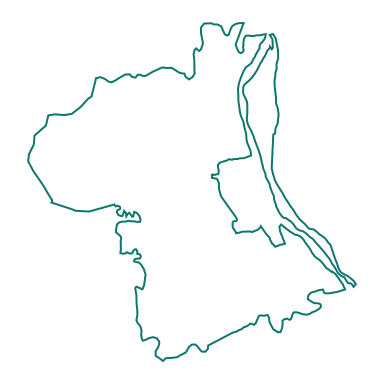 Markz Al Minya, Al Minya, Egypt (Equal Earth projection)
{"feature_id": "37247803B71676379887746", "entity_name": "Markz Al Minya", "entity_type": "district", "adm_level": 2, "iso_a3": "EGY", "parent_name": "Egypt", "parent_adm1": "Al Minya", "projection": "equal_earth", "projection_center": [30.728, 28.101], "detail": "fine", "context": "isolated", "style": "outline", "palette": "teal", "viewbox_px": 384, "rotation_deg": 0, "n_neighbors": 0, "source": "geoboundaries", "source_scale": "gbopen_adm2", "svg_char_len": 5975}
<svg xmlns="http://www.w3.org/2000/svg" viewBox="0 0 384 384"><path d="M251.1,155.6L250.6,151.0L247.4,143.2L246.6,140.1L246.1,133.6L244.5,127.8L243.3,121.5L241.5,117.5L240.1,113.0L239.1,106.0L238.4,100.8L238.3,94.5L238.0,89.1L238.9,83.3L240.9,77.6L243.3,71.7L245.8,67.4L249.5,64.7L251.6,62.8L253.0,59.7L254.4,57.8L255.9,54.4L257.9,50.9L259.6,48.4L259.5,46.3L260.5,43.7L262.9,41.3L264.6,38.9L265.4,36.8L265.7,34.1L259.5,35.3L256.2,35.4L253.4,36.1L248.4,35.6L246.1,35.7L245.0,37.0L243.9,39.1L243.4,42.4L243.5,45.1L243.0,47.1L243.6,50.4L243.1,51.8L240.8,53.2L238.6,51.9L236.8,47.9L235.6,44.6L243.6,23.0L238.6,23.2L236.3,23.9L235.8,23.9L232.4,26.0L231.9,26.7L230.8,28.7L228.7,34.8L227.0,35.5L224.7,34.3L221.2,26.3L217.2,24.4L213.8,24.5L211.5,23.3L204.2,23.5L200.9,27.6L201.1,33.6L202.9,42.9L202.4,45.6L200.8,49.6L199.1,51.0L197.4,49.7L196.3,48.4L194.6,49.8L193.6,54.5L194.3,59.8L194.4,69.9L194.7,73.2L193.4,75.9L192.3,77.3L189.0,79.4L185.6,76.8L184.4,73.5L182.7,73.5L179.9,72.9L177.6,71.7L175.9,70.4L171.3,67.8L166.8,68.0L162.3,67.4L152.8,71.7L145.6,75.9L142.8,76.0L140.5,74.7L137.7,74.8L135.5,77.6L132.1,77.0L129.8,74.4L125.3,74.5L120.3,77.3L114.8,80.8L111.4,82.3L108.6,81.7L105.2,79.1L100.6,77.2L99.5,77.3L97.3,78.0L96.1,78.1L91.5,96.6L88.2,98.7L80.8,106.8L71.7,113.9L64.2,115.1L55.0,114.3L48.3,115.4L46.0,125.4L34.5,135.6L33.8,144.5L28.9,154.5L28.2,161.4L33.4,171.2L42.8,184.8L48.0,193.6L52.3,200.5L51.4,202.5L70.8,208.9L75.8,210.8L89.2,211.5L114.4,204.5L115.6,206.4L117.8,205.7L120.1,207.0L120.1,209.0L117.3,210.4L116.8,212.4L118.5,215.1L121.9,216.3L123.0,214.9L124.1,210.9L125.8,212.8L126.4,216.2L127.5,214.1L129.2,212.7L130.9,214.7L132.1,216.7L133.2,216.6L134.2,211.9L135.9,212.5L137.1,213.2L139.4,216.0L140.6,219.8L140.0,221.8L137.2,221.9L133.9,221.3L131.6,221.4L128.8,220.8L124.9,221.6L122.6,221.6L119.2,222.4L117.0,224.5L116.0,229.8L116.1,232.5L120.1,235.7L121.2,237.7L120.7,241.1L120.9,249.1L120.4,253.1L122.7,253.7L124.9,253.6L127.1,252.2L129.4,253.5L132.2,253.4L133.3,250.7L135.0,249.3L136.1,249.3L137.3,251.3L137.3,253.9L138.4,253.9L140.1,254.5L140.7,255.9L140.7,257.2L139.6,258.6L135.7,258.7L134.1,260.1L134.1,261.4L135.8,262.0L139.2,262.6L141.5,265.2L143.8,269.1L145.6,274.4L144.1,285.2L142.5,289.2L141.9,289.3L139.7,288.0L136.3,286.7L135.2,288.1L136.4,295.4L136.6,304.1L137.3,310.1L137.4,314.8L136.4,320.2L137.5,322.8L139.8,325.4L141.0,328.1L141.6,331.4L141.1,334.7L141.8,338.7L142.9,340.7L146.9,339.3L148.0,338.5L152.6,337.2L153.2,337.2L157.1,338.4L157.6,339.5L159.1,341.3L159.3,343.6L158.3,346.9L156.8,349.5L155.6,351.1L155.7,355.9L158.9,357.8L163.0,361.0L165.7,358.2L172.5,357.8L177.6,357.1L179.1,355.8L185.6,352.6L186.4,351.5L189.1,346.8L191.9,344.6L195.4,344.5L197.3,346.2L200.6,350.5L202.2,351.7L205.6,351.6L207.8,348.9L208.2,345.5L230.7,333.7L232.2,332.8L237.2,331.3L239.4,329.9L241.7,329.2L243.9,327.1L246.7,326.4L250.5,323.6L252.6,324.1L253.9,324.8L255.6,323.5L258.8,316.0L260.5,315.4L264.5,315.8L266.1,315.1L267.8,315.1L269.0,317.7L269.6,322.4L273.1,329.0L277.7,332.2L280.5,332.1L282.1,328.1L282.6,324.7L282.5,320.7L284.2,319.3L287.0,318.6L288.1,319.2L289.8,319.8L290.9,319.1L292.0,316.4L292.5,314.4L293.6,312.4L296.4,312.3L299.2,312.9L302.1,314.1L306.6,314.7L309.9,313.9L311.6,312.5L315.5,311.1L318.8,309.0L320.5,307.6L321.0,305.6L320.4,304.3L319.3,303.6L315.9,303.1L314.2,303.1L310.8,301.2L308.0,299.3L307.9,297.3L308.5,295.2L311.2,292.5L314.6,291.7L318.5,290.3L323.0,289.5L323.6,290.8L323.6,291.5L324.2,292.8L325.7,293.4L329.2,293.3L337.6,291.8L345.1,289.5L342.7,284.1L335.5,274.1L332.2,271.5L331.7,272.0L327.7,268.8L326.2,268.0L325.2,266.4L323.5,264.4L321.9,262.2L319.8,260.2L317.3,258.5L314.6,256.3L311.9,252.5L309.9,248.7L305.7,243.1L303.5,239.6L301.2,237.1L298.9,235.6L294.9,234.6L290.3,231.7L285.1,227.8L281.1,224.5L279.4,226.7L280.1,231.3L285.0,243.6L281.5,244.7L280.3,244.7L278.7,245.4L277.5,246.1L276.4,246.1L275.3,246.8L272.4,243.6L272.1,243.6L270.1,239.6L269.5,237.6L266.0,233.7L260.8,226.2L260.2,227.5L257.5,229.9L253.6,231.4L252.5,232.1L250.2,231.5L242.4,231.7L240.1,232.4L236.1,233.3L235.6,231.9L232.7,227.3L232.6,222.6L233.7,221.2L236.0,221.2L237.1,219.8L235.9,217.2L221.4,196.9L220.2,193.6L219.0,188.9L218.9,182.9L217.1,178.9L212.0,177.8L212.0,174.7L212.5,174.4L214.2,175.0L216.5,174.3L218.2,174.2L218.7,172.2L218.6,169.6L218.0,166.9L218.0,164.9L219.6,162.8L223.6,161.4L226.4,160.7L229.1,159.2L232.0,159.8L233.6,159.1L237.6,159.0L239.8,158.3L243.8,158.2L251.1,155.6ZM355.8,284.2L354.1,281.4L352.2,279.5L347.5,275.9L345.4,275.0L342.8,273.5L340.5,271.9L338.3,267.7L337.1,263.7L334.7,257.7L330.6,245.2L328.3,242.6L325.4,238.6L321.1,235.2L319.6,234.6L317.8,232.7L313.6,229.4L309.0,228.7L304.6,223.8L299.4,219.1L295.7,214.0L293.9,210.7L290.5,206.2L287.6,201.6L285.3,198.3L282.9,193.7L277.1,184.5L274.8,179.9L273.0,173.9L271.7,168.3L273.3,134.5L275.0,133.7L275.5,128.4L277.6,123.6L278.6,114.9L277.9,108.9L276.1,103.5L276.0,97.6L275.4,93.0L274.6,85.0L274.5,80.3L275.1,77.6L275.5,72.3L276.6,68.9L276.5,64.1L278.2,58.1L278.0,50.5L276.5,42.3L275.6,38.1L272.9,34.0L269.7,35.0L272.5,39.3L272.8,47.6L272.5,48.1L271.8,49.3L269.9,46.6L269.7,48.2L267.6,50.2L264.8,56.3L263.1,58.6L261.9,61.3L260.3,63.3L259.0,66.3L256.8,70.5L254.2,74.6L252.0,77.5L248.9,80.8L246.3,83.0L244.3,84.8L243.2,87.3L243.1,92.6L243.7,94.7L246.8,101.2L247.3,104.2L247.3,113.4L246.8,118.6L247.2,121.7L248.1,124.9L250.7,129.8L253.4,135.9L255.3,141.7L258.4,149.8L260.1,154.8L261.1,158.8L261.6,161.7L262.7,165.7L263.2,168.4L265.5,174.0L265.7,176.8L269.4,183.6L270.7,188.6L272.4,193.0L273.9,196.1L274.0,198.6L274.7,201.4L275.7,204.1L276.2,206.5L279.4,212.8L281.3,215.5L282.6,217.0L284.0,218.0L286.2,218.2L289.0,220.4L290.8,221.3L293.1,223.9L296.3,228.4L298.8,230.1L303.1,231.4L306.1,233.3L309.4,236.6L312.9,239.0L316.6,243.4L323.9,251.6L326.2,254.7L328.9,258.1L330.0,259.6L332.1,263.7L334.7,267.2L338.1,273.3L341.6,276.2L343.6,276.9L344.8,277.9L346.0,280.2L348.1,283.0L349.2,283.3L350.4,283.3L351.7,284.0L353.6,286.8L355.8,284.2Z" fill="none" stroke="#0f766e" stroke-width="2"/></svg>